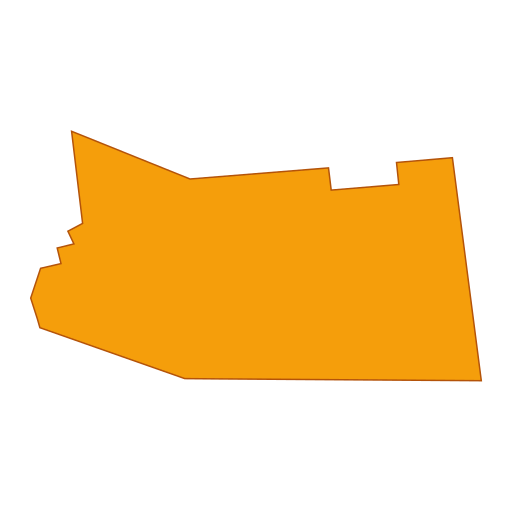 outline of Fulton, New York, United States of America
{"feature_id": "52423323B72706838172398", "entity_name": "Fulton", "entity_type": "district", "adm_level": 2, "iso_a3": "USA", "parent_name": "United States of America", "parent_adm1": "New York", "projection": "robinson", "projection_center": [-74.528, 43.135], "detail": "fine", "context": "isolated", "style": "filled", "palette": "amber", "viewbox_px": 512, "rotation_deg": 0, "n_neighbors": 0, "source": "geoboundaries", "source_scale": "gbopen_adm2", "svg_char_len": 373}
<svg xmlns="http://www.w3.org/2000/svg" viewBox="0 0 512 512"><path d="M71.6,131.3L82.6,223.4L67.9,231.2L73.9,243.9L57.2,248.0L61.0,263.6L40.6,268.3L30.7,298.1L37.4,319.0L39.9,327.7L184.8,378.6L220.5,378.9L481.3,380.7L463.1,240.1L452.4,157.7L396.5,162.5L398.8,184.5L331.2,190.1L328.5,167.9L190.0,179.0L71.6,131.3Z" fill="#f59e0b" stroke="#b45309" stroke-width="1.5"/></svg>